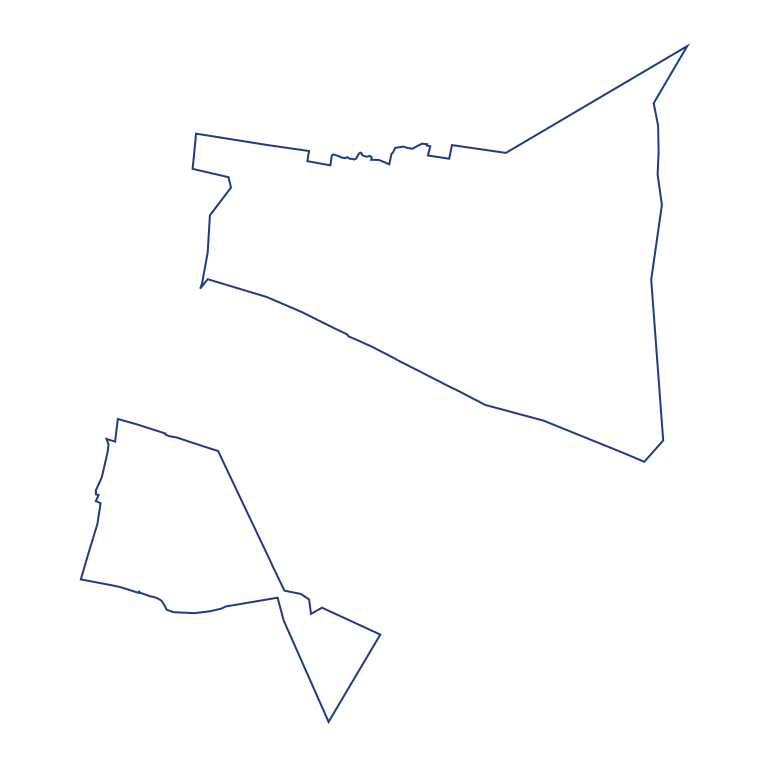 San Bartolo Coyotepec, Oaxaca, Mexico
{"feature_id": "50627088B215944701539", "entity_name": "San Bartolo Coyotepec", "entity_type": "district", "adm_level": 2, "iso_a3": "MEX", "parent_name": "Mexico", "parent_adm1": "Oaxaca", "projection": "robinson", "projection_center": [-96.712, 16.934], "detail": "fine", "context": "isolated", "style": "outline", "palette": "blue", "viewbox_px": 768, "rotation_deg": 0, "n_neighbors": 0, "source": "geoboundaries", "source_scale": "gbopen_adm2", "svg_char_len": 3322}
<svg xmlns="http://www.w3.org/2000/svg" viewBox="0 0 768 768"><path d="M644.3,461.8L663.2,440.5L661.2,413.7L651.2,279.7L661.9,204.9L657.6,174.5L658.6,151.8L658.1,125.8L653.7,103.2L687.2,46.1L607.9,92.8L505.9,152.9L452.0,145.1L449.2,158.7L427.9,155.5L430.3,146.3L426.8,145.5L427.1,144.2L421.9,143.7L412.4,148.7L407.7,148.0L403.4,146.6L395.2,147.9L392.9,152.6L391.5,153.9L389.3,164.3L379.2,160.0L371.2,159.8L371.7,157.3L370.2,156.1L369.5,155.9L368.4,156.4L367.5,156.6L365.8,156.5L363.8,155.8L363.6,155.8L363.2,155.6L362.6,155.4L362.0,154.7L361.6,153.8L361.3,153.0L360.5,152.6L359.9,152.8L358.6,154.2L357.5,155.9L356.9,157.1L356.7,157.8L356.0,158.6L355.6,159.0L355.4,159.1L354.1,159.5L352.5,158.9L349.6,158.7L347.6,157.3L346.4,157.5L345.1,158.2L343.7,157.9L342.4,157.7L340.9,157.3L340.4,157.2L339.8,156.5L339.6,156.4L338.4,156.1L336.5,155.4L335.3,155.0L335.0,154.9L333.3,154.5L333.2,154.5L332.5,155.0L331.9,155.3L331.3,158.4L331.3,158.7L331.1,160.3L331.0,161.3L330.3,165.3L322.2,163.9L315.3,162.6L311.7,161.9L307.4,161.2L308.0,157.0L308.7,153.0L309.0,151.3L309.0,151.0L308.8,151.0L297.9,149.4L278.3,146.6L267.2,145.0L224.5,138.2L201.5,134.5L196.0,133.7L195.6,137.8L195.6,138.7L195.6,139.3L195.5,140.0L195.3,141.4L194.0,155.2L192.6,168.9L228.5,177.2L231.0,187.6L209.9,215.3L207.7,252.4L202.0,283.7L200.2,288.6L207.7,279.2L266.7,297.0L302.1,312.2L314.9,318.6L333.4,327.8L347.1,334.4L348.6,336.4L358.2,340.5L361.0,341.8L363.8,343.1L366.5,344.3L369.4,345.5L372.1,346.8L374.8,348.2L376.9,349.3L379.6,350.7L381.7,351.8L384.0,352.9L388.5,355.2L391.2,356.7L393.9,358.0L395.4,358.9L398.8,360.8L401.1,362.0L403.8,363.3L406.5,364.7L408.4,365.7L411.4,367.2L413.9,368.5L416.9,369.9L421.1,372.1L426.8,375.1L430.4,376.9L432.2,377.8L434.7,379.1L436.9,380.2L440.2,381.8L443.0,383.4L444.2,384.0L446.0,384.9L448.4,386.1L451.1,387.4L454.1,388.8L455.8,389.6L457.9,390.8L459.6,391.5L462.3,393.0L465.0,394.4L467.3,395.6L469.1,396.5L472.4,398.3L475.5,399.9L478.6,401.4L483.2,403.9L485.8,405.1L543.7,420.7L621.3,452.1L644.3,461.8ZM119.6,586.9L138.1,592.7L139.1,591.4L139.3,591.5L138.8,592.7L139.9,593.0L141.6,593.2L144.5,594.3L147.1,595.2L149.6,596.1L151.8,596.7L153.0,596.8L154.6,597.3L156.4,597.9L158.4,598.8L160.0,599.7L161.3,600.7L162.7,602.4L163.6,603.8L164.5,605.4L165.3,606.8L166.2,608.8L166.7,609.7L167.5,610.1L169.3,610.6L171.5,611.5L173.1,612.0L174.5,612.3L176.4,612.3L179.7,612.5L183.2,612.7L184.9,612.7L191.5,613.0L194.1,613.2L205.7,611.8L210.8,611.1L211.0,611.1L212.0,610.8L221.4,608.6L225.7,606.5L277.6,597.7L283.6,620.3L328.6,721.9L346.8,691.1L380.3,634.6L322.0,607.7L311.0,613.9L309.1,599.5L301.0,594.0L284.4,590.6L280.3,582.1L278.1,577.5L276.8,574.8L275.8,572.5L274.7,570.5L273.4,567.8L272.4,565.6L271.4,563.3L267.1,554.2L256.5,532.0L256.1,531.1L249.2,516.6L229.6,475.3L218.1,451.0L217.7,450.9L200.8,445.5L200.7,445.4L186.8,440.9L186.6,440.8L176.4,437.4L168.9,436.1L165.4,434.5L165.2,433.4L159.8,431.7L136.3,424.2L117.8,419.0L117.4,422.8L117.1,425.2L116.7,428.1L116.5,429.8L116.3,431.8L115.9,434.9L115.4,439.1L115.2,440.8L115.1,441.6L106.5,439.0L108.0,443.0L108.5,444.3L108.3,446.3L107.8,450.8L106.4,457.6L105.6,460.9L102.9,472.6L101.6,477.8L98.8,483.9L95.8,490.5L96.0,494.4L98.6,495.0L95.8,501.1L100.6,503.1L97.4,524.0L88.5,553.2L80.8,579.4L113.4,585.6L114.7,585.9L119.6,586.9Z" fill="none" stroke="#1e3a8a" stroke-width="2"/></svg>